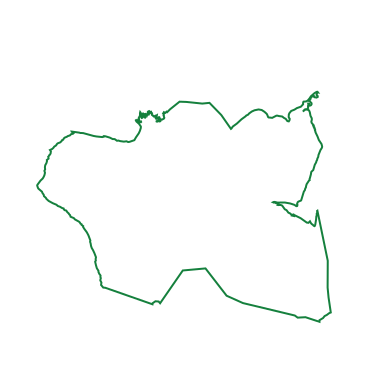 Do'rgon, Hovd, Mongolia (orthographic projection), rotated 188°
{"feature_id": "93677404B47825752069275", "entity_name": "Do'rgon", "entity_type": "district", "adm_level": 2, "iso_a3": "MNG", "parent_name": "Mongolia", "parent_adm1": "Hovd", "projection": "orthographic", "projection_center": [92.87, 48.326], "detail": "fine", "context": "isolated", "style": "outline", "palette": "green", "viewbox_px": 384, "rotation_deg": 188, "n_neighbors": 0, "source": "geoboundaries", "source_scale": "gbopen_adm2", "svg_char_len": 5949}
<svg xmlns="http://www.w3.org/2000/svg" viewBox="0 0 384 384"><g transform="rotate(188 192 192)"><path d="M81.1,308.1L81.7,308.7L82.5,308.5L84.4,307.0L87.6,303.3L88.6,301.1L90.1,298.7L91.5,297.6L94.1,297.0L94.3,296.6L94.4,295.6L94.2,294.3L96.1,291.6L99.8,289.7L102.0,287.8L105.0,286.1L106.4,283.9L106.9,282.3L106.7,279.8L106.4,279.1L105.5,278.2L105.4,277.4L105.5,276.4L106.0,275.4L107.4,275.5L109.4,277.5L111.1,278.1L113.2,279.3L116.7,279.3L118.0,279.5L119.1,279.3L122.9,276.6L126.6,276.5L127.2,277.0L127.9,278.4L128.9,279.8L131.4,281.5L134.4,282.9L137.6,283.0L141.5,281.6L144.0,280.0L146.5,277.6L147.1,276.5L149.0,275.2L149.4,274.5L153.1,270.9L157.1,266.0L160.7,262.5L161.8,260.3L162.2,259.9L173.7,272.3L187.1,282.7L194.1,281.0L210.2,280.4L216.9,279.7L225.2,270.9L227.7,267.6L228.4,268.0L229.4,266.6L230.1,266.4L230.2,266.9L230.8,267.1L230.9,266.1L231.3,266.2L231.5,265.7L230.7,265.4L230.8,263.8L230.4,263.5L230.3,262.5L229.8,261.8L229.8,261.3L230.1,260.7L231.9,259.4L232.8,259.6L233.2,258.9L233.2,257.7L233.8,257.4L234.3,257.8L235.2,257.6L235.7,257.0L236.6,256.8L236.9,256.9L236.9,257.2L236.3,257.6L234.6,258.1L234.7,258.7L235.2,258.8L235.4,259.2L234.4,260.8L234.8,261.5L235.3,261.4L235.4,261.0L235.2,260.8L235.3,260.5L236.8,260.8L237.0,260.0L237.6,259.5L238.2,260.1L237.9,261.2L238.5,262.0L237.7,262.1L237.5,262.4L237.5,263.1L238.1,262.6L238.6,262.6L239.2,261.8L239.9,261.3L240.5,262.0L241.0,261.9L241.6,262.5L242.2,262.6L242.7,263.5L242.5,264.4L243.0,264.8L243.4,264.4L243.6,264.5L243.5,265.2L243.7,265.7L244.7,265.2L245.0,264.4L245.2,264.8L244.9,265.7L245.7,266.2L246.5,265.7L246.9,265.2L246.9,264.7L246.4,263.9L246.2,262.8L246.8,263.0L247.0,262.3L247.2,262.8L247.5,262.8L248.0,261.5L248.8,262.0L249.1,262.8L249.4,262.7L249.4,261.9L248.6,261.2L248.8,260.3L248.4,259.6L248.8,259.1L249.3,259.5L249.8,259.4L250.1,260.0L250.1,260.4L249.6,260.8L249.7,261.2L250.1,261.3L251.2,262.9L251.6,262.8L251.4,262.0L252.3,262.0L252.3,261.8L251.6,261.4L251.5,260.7L251.0,260.5L250.8,260.0L251.1,259.9L251.4,260.2L251.7,259.8L251.8,258.4L252.0,258.3L252.3,258.7L252.6,260.2L253.1,260.7L253.2,261.8L254.1,263.6L254.4,263.9L254.5,262.9L254.2,260.9L254.3,260.0L254.0,259.3L254.5,259.1L255.0,258.5L254.9,257.5L254.5,257.0L254.7,256.1L255.5,256.1L255.6,255.7L254.7,255.2L254.0,255.3L253.0,254.3L252.3,254.7L252.1,254.3L252.4,253.9L253.0,253.9L254.6,254.5L256.2,254.7L257.3,255.5L257.6,255.2L256.9,254.1L254.0,252.2L251.8,249.8L251.6,248.4L252.1,245.3L252.9,242.7L255.1,238.3L256.3,235.3L260.8,233.0L262.2,232.6L263.9,233.1L266.5,232.4L270.2,232.4L272.0,232.7L273.4,232.3L275.9,233.6L278.0,233.4L280.9,234.4L285.4,235.1L287.1,235.1L287.3,234.9L286.7,234.8L286.8,234.6L288.5,233.9L294.3,233.7L297.2,233.8L308.1,235.2L310.8,234.9L311.9,235.1L319.6,235.1L319.5,234.9L319.1,234.8L317.1,234.8L316.9,234.5L318.0,233.1L319.7,232.5L320.7,231.1L322.9,230.0L323.7,229.2L325.4,228.3L326.4,227.2L326.8,225.9L328.0,225.1L328.2,224.3L329.4,222.8L331.9,221.4L332.7,220.2L333.0,219.3L334.8,217.7L335.3,216.6L336.4,215.2L338.5,213.8L337.4,212.6L337.4,210.4L338.0,209.0L338.5,208.6L338.8,207.6L339.3,206.8L339.0,206.3L338.7,205.1L340.2,203.5L339.9,202.4L340.2,200.3L341.0,198.3L341.1,197.3L341.1,196.0L340.6,194.0L341.1,192.4L340.3,190.7L340.3,190.1L340.5,188.0L341.0,186.3L341.7,184.6L343.6,182.2L346.1,177.6L346.2,176.8L345.1,174.6L344.5,173.9L340.6,171.4L339.9,170.1L338.5,168.7L338.0,167.3L335.9,165.9L335.3,165.0L332.7,163.2L328.2,161.5L324.4,160.5L323.0,159.5L320.6,159.0L318.6,158.1L316.8,157.8L316.5,157.0L315.6,156.3L313.9,156.1L312.7,154.7L311.1,153.6L310.5,152.8L309.5,152.1L308.8,150.6L305.4,149.7L304.2,148.6L299.8,146.9L298.8,146.2L298.1,145.2L296.8,144.6L296.7,144.0L295.0,143.1L295.0,142.3L293.7,140.7L290.5,137.4L288.5,134.6L285.9,129.8L286.0,128.5L285.2,126.9L284.5,124.6L283.5,122.6L281.9,120.6L280.1,117.8L278.0,114.0L278.1,112.2L277.7,110.7L278.2,109.6L278.1,109.2L276.9,106.1L275.6,103.2L273.7,101.0L273.5,99.8L272.4,98.0L271.5,97.2L270.9,96.4L270.9,95.1L270.3,94.0L270.5,92.7L270.5,91.7L269.1,89.7L269.1,87.3L266.6,85.0L264.6,85.1L215.5,75.3L215.5,76.4L213.0,78.7L209.8,78.9L208.1,77.4L190.2,113.0L168.0,118.2L143.3,94.1L126.1,89.1L73.0,84.0L69.9,82.3L62.2,83.8L47.7,81.2L47.9,82.8L44.7,85.4L43.4,87.6L41.4,89.0L39.3,91.1L37.8,92.0L42.1,106.6L44.4,116.2L48.0,142.8L65.2,190.9L65.5,190.6L65.1,189.4L65.5,187.8L65.2,186.4L65.5,185.1L65.3,182.3L65.4,176.6L65.8,175.3L66.0,175.2L66.9,175.6L68.0,176.5L68.8,176.8L69.8,177.6L71.1,179.4L72.4,177.7L74.1,177.7L80.8,181.2L87.8,183.5L88.3,183.9L88.7,183.7L87.8,183.1L87.6,182.4L90.0,182.6L89.9,183.5L90.7,183.6L92.2,184.6L93.6,184.9L95.9,187.2L97.7,187.8L100.8,191.1L102.4,191.5L104.6,191.1L104.8,191.1L104.3,191.7L109.0,193.2L109.6,192.9L110.3,193.1L109.7,193.5L108.7,193.7L105.9,193.4L98.7,194.5L93.1,194.3L88.7,193.5L86.8,192.5L86.2,192.6L85.9,192.8L85.8,193.3L86.1,193.8L85.9,194.2L86.3,194.8L85.9,196.6L85.3,197.3L82.9,198.7L82.7,199.1L81.3,208.0L80.5,209.5L80.4,210.9L79.8,212.7L79.9,213.3L79.6,215.6L77.9,219.3L77.1,220.2L77.4,220.7L77.4,221.3L77.2,222.1L76.7,226.1L76.7,228.3L76.4,228.9L75.0,230.6L74.2,236.1L73.2,238.6L73.1,239.8L72.6,241.1L72.5,242.6L71.9,244.3L71.9,246.2L70.6,251.5L69.7,253.4L69.4,254.7L69.5,255.3L70.4,257.5L73.6,261.1L75.4,264.4L78.0,268.3L78.3,269.4L78.8,269.9L78.7,270.8L79.1,271.6L79.6,271.8L79.5,272.4L79.9,272.7L80.0,273.2L80.5,273.3L80.8,273.7L80.6,274.4L80.7,274.9L81.4,275.0L81.6,275.7L83.1,277.1L83.6,278.2L83.4,280.2L83.7,281.7L85.3,284.0L86.4,287.3L87.2,288.7L88.1,289.5L90.5,289.6L91.3,289.3L93.5,287.1L92.5,288.2L92.5,288.5L91.4,289.7L89.5,289.9L89.2,290.1L89.2,290.7L88.7,291.3L89.1,293.3L88.9,294.7L89.2,295.6L88.4,295.6L88.6,294.7L87.8,294.5L87.3,293.9L86.3,294.5L86.0,295.0L85.8,295.7L86.0,296.6L88.3,298.5L88.7,298.2L88.9,298.4L88.7,299.4L87.7,300.1L87.6,301.5L86.6,302.9L86.2,304.2L84.6,304.0L84.4,303.2L83.4,302.8L82.7,303.0L82.0,302.8L80.8,303.5L80.8,304.4L82.2,305.5L82.0,306.8L82.5,307.8L82.1,308.1L81.1,308.1Z" fill="none" stroke="#15803d" stroke-width="2"/></g></svg>